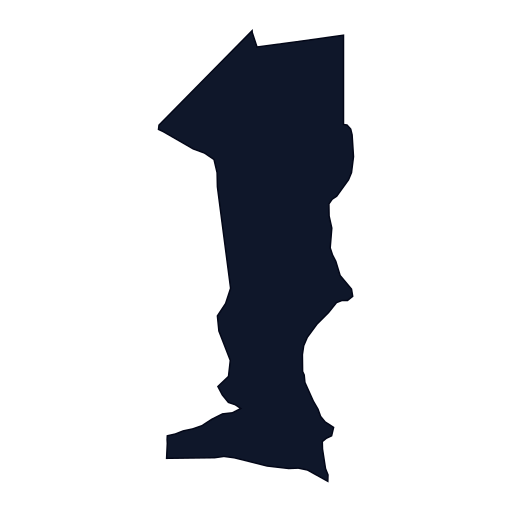 SVG path tracing the border of Oshana
{"feature_id": "NAM-3351", "entity_name": "Oshana", "entity_type": "Region", "adm_level": 1, "iso_a3": "NAM", "parent_name": "Namibia", "parent_adm1": "", "projection": "orthographic", "projection_center": [15.74, -18.505], "detail": "fine", "context": "isolated", "style": "filled", "palette": "ink", "viewbox_px": 512, "rotation_deg": 0, "n_neighbors": 0, "source": "natural_earth", "source_scale": "10m", "svg_char_len": 1134}
<svg xmlns="http://www.w3.org/2000/svg" viewBox="0 0 512 512"><path d="M252.1,30.7L252.2,32.4L257.0,47.0L296.3,41.8L343.5,35.2L343.5,124.5L347.0,125.0L350.7,129.1L352.1,134.8L353.5,156.7L351.5,172.6L348.5,179.8L336.7,196.2L332.2,199.2L328.9,203.9L329.1,216.0L331.8,228.1L330.2,247.9L332.5,254.9L335.8,261.3L340.1,275.5L351.5,289.1L352.7,296.3L347.5,300.5L341.9,300.5L336.5,302.6L328.5,312.6L317.0,324.1L307.3,337.3L303.7,345.7L302.4,354.6L302.6,371.5L304.2,375.0L304.9,382.4L313.3,401.1L318.0,409.2L320.6,416.4L325.1,421.9L333.6,427.4L331.6,435.8L326.3,438.3L322.3,441.6L322.5,449.0L325.5,468.6L328.0,474.9L327.8,481.3L307.4,470.0L298.3,468.1L288.8,468.5L267.1,466.0L234.4,457.8L223.9,456.4L214.7,457.7L166.6,458.3L167.3,443.4L167.1,439.5L167.3,435.8L175.3,434.0L183.2,430.9L192.7,428.9L201.9,425.7L211.9,419.2L222.5,413.9L232.3,412.8L240.8,408.5L235.2,404.7L228.4,402.4L222.3,394.9L217.9,386.5L228.5,376.4L230.3,360.4L218.9,331.0L217.4,315.9L225.6,303.5L230.6,288.3L217.4,186.8L217.1,172.7L214.0,159.5L204.4,153.0L193.2,148.9L163.2,131.6L158.5,129.4L159.0,125.1L252.1,30.7Z" fill="#0f172a" stroke="#020617" stroke-width="1.5"/></svg>